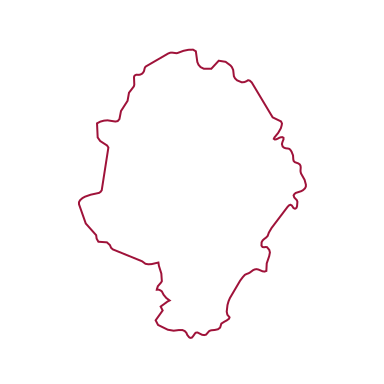 Aube, Albers equal-area conic projection, rotated 247°
{"feature_id": "FRA-5270", "entity_name": "Aube", "entity_type": "Metropolitan department", "adm_level": 1, "iso_a3": "FRA", "parent_name": "France", "parent_adm1": "", "projection": "albers", "projection_center": [4.051, 48.317], "detail": "fine", "context": "isolated", "style": "outline", "palette": "rose", "viewbox_px": 384, "rotation_deg": 247, "n_neighbors": 0, "source": "natural_earth", "source_scale": "10m", "svg_char_len": 2728}
<svg xmlns="http://www.w3.org/2000/svg" viewBox="0 0 384 384"><g transform="rotate(247 192 192)"><path d="M204.5,81.9L224.9,83.2L226.8,84.0L228.2,85.8L229.2,88.8L229.5,91.7L229.1,97.7L227.5,106.1L227.9,108.0L228.9,109.6L265.6,132.4L268.0,132.0L274.8,127.4L279.1,126.5L292.3,131.4L292.6,135.1L292.1,138.8L291.0,142.2L286.8,149.0L286.3,151.3L287.5,153.7L294.3,158.3L301.1,168.3L308.0,172.8L311.9,179.7L313.3,180.8L320.4,183.5L321.2,184.1L321.7,185.3L321.7,186.6L320.6,188.9L320.3,190.3L320.4,192.2L321.1,193.8L322.1,195.1L324.3,196.7L325.1,197.5L325.6,198.6L328.8,224.2L328.7,226.5L328.1,228.1L325.8,232.0L325.6,233.0L325.3,239.3L324.3,244.3L322.6,248.6L320.0,250.5L309.6,247.7L306.6,247.7L303.6,248.7L300.9,251.0L297.9,257.9L302.4,267.9L298.7,273.8L293.4,276.9L291.4,277.5L288.3,277.6L282.2,275.8L279.8,276.0L277.2,277.1L273.5,280.7L272.7,283.2L272.7,285.5L273.0,287.3L271.9,288.7L269.5,289.8L229.2,295.4L222.2,301.5L219.9,301.6L218.2,300.5L216.0,298.7L212.7,294.4L210.0,289.2L209.0,288.1L208.0,288.7L207.6,290.0L207.6,291.7L207.8,293.4L207.7,295.1L207.2,296.6L206.2,297.4L204.7,296.8L202.8,294.9L201.0,293.5L198.4,293.2L196.6,294.2L195.4,295.7L194.6,297.2L193.6,298.5L192.0,299.1L190.2,299.4L186.2,299.3L182.5,298.0L180.9,297.7L179.3,298.3L176.8,301.0L175.2,302.0L173.6,302.1L172.0,301.6L169.0,300.1L167.9,299.8L166.4,299.6L159.2,300.4L154.2,299.7L152.5,298.9L151.2,297.4L150.3,294.9L150.1,292.8L150.6,287.1L150.1,285.5L149.2,284.2L147.0,284.0L143.5,285.3L141.8,285.2L138.0,283.2L136.7,282.1L136.3,280.8L136.5,280.1L137.5,279.2L140.6,278.6L141.8,277.6L141.8,276.1L141.0,274.2L127.8,251.2L124.6,246.9L122.0,244.5L121.1,242.4L120.6,240.3L119.9,238.2L118.5,236.4L115.5,235.0L113.8,235.4L113.0,236.7L112.6,238.3L111.9,239.5L108.5,240.5L105.9,240.1L102.8,238.0L97.1,232.9L90.3,229.6L90.4,227.7L91.4,226.0L94.7,222.8L95.8,221.2L96.2,219.5L96.2,217.8L95.2,213.6L95.1,212.2L95.2,210.1L95.1,208.3L93.8,205.5L91.6,201.7L79.6,185.5L77.2,183.0L74.1,180.5L68.3,177.2L65.2,176.6L62.0,177.6L60.9,176.6L60.2,173.7L60.0,171.3L59.4,167.6L56.2,164.9L55.5,162.3L56.1,159.1L57.2,155.6L57.3,154.3L57.2,153.3L55.2,149.2L55.5,147.4L56.6,145.5L60.5,142.2L61.0,140.7L60.8,139.8L58.8,136.6L58.0,134.9L58.4,133.4L59.4,132.6L62.3,131.8L64.5,131.8L66.8,131.0L68.7,129.2L70.1,125.8L71.5,120.9L74.7,115.9L82.9,108.8L88.1,108.4L94.4,118.7L98.8,118.4L100.7,126.5L100.9,129.0L104.5,126.9L108.5,125.7L112.3,125.4L113.0,125.0L114.1,124.2L115.0,123.3L115.4,122.6L115.8,121.4L116.7,122.0L117.7,123.0L118.6,123.7L120.8,128.2L121.7,129.4L128.9,131.9L137.0,132.7L140.2,133.5L141.4,126.7L142.5,123.6L144.1,121.1L147.7,119.0L170.1,96.7L172.3,95.7L175.2,95.7L178.9,94.0L182.8,86.4L186.4,86.0L189.7,86.9L204.5,81.9Z" fill="none" stroke="#9f1239" stroke-width="2"/></g></svg>